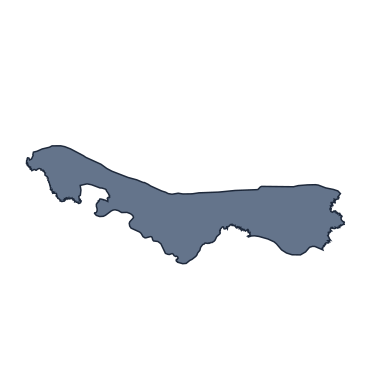 Tha Uthen, Nakhon Phanom, Thailand (Mercator projection), rotated 327°
{"feature_id": "78962969B23223373784889", "entity_name": "Tha Uthen", "entity_type": "district", "adm_level": 2, "iso_a3": "THA", "parent_name": "Thailand", "parent_adm1": "Nakhon Phanom", "projection": "mercator", "projection_center": [104.479, 17.636], "detail": "fine", "context": "isolated", "style": "filled", "palette": "slate", "viewbox_px": 384, "rotation_deg": 327, "n_neighbors": 0, "source": "geoboundaries", "source_scale": "gbopen_adm2", "svg_char_len": 5949}
<svg xmlns="http://www.w3.org/2000/svg" viewBox="0 0 384 384"><g transform="rotate(327 192 192)"><path d="M80.1,130.1L80.9,129.3L80.7,129.0L81.1,129.1L81.3,128.7L81.6,129.7L82.5,129.5L82.1,129.3L82.3,128.5L83.3,128.4L83.3,128.8L84.0,128.9L84.0,130.1L84.4,129.9L84.9,130.4L85.5,130.0L85.3,130.7L86.2,130.9L86.1,131.3L87.1,131.2L87.6,132.2L88.1,131.9L88.0,133.2L88.5,132.8L88.9,133.4L88.3,133.9L88.4,134.5L88.8,134.6L88.5,136.0L89.0,136.2L88.7,136.4L89.2,136.5L89.4,137.6L90.9,138.5L90.4,139.0L90.8,140.0L92.6,140.3L94.2,139.2L94.0,138.6L93.6,138.9L93.2,138.5L93.9,137.7L93.2,137.7L93.1,137.3L93.8,136.8L93.6,136.5L94.7,134.0L96.6,133.9L99.9,129.9L101.8,125.6L108.4,128.0L111.7,131.2L117.0,138.4L118.7,139.7L120.9,142.4L121.3,143.5L120.9,144.0L121.0,148.3L120.6,149.0L121.0,149.9L120.1,151.4L119.6,151.0L119.1,151.5L118.5,150.9L117.6,151.1L117.3,151.5L117.2,152.6L116.2,154.1L114.5,151.2L113.4,150.4L113.5,150.1L111.7,148.2L110.8,147.7L109.5,148.6L108.5,148.5L108.5,149.2L106.7,149.4L106.3,149.8L105.2,150.1L104.0,151.9L103.2,154.6L102.0,156.2L100.5,157.1L99.0,156.5L98.6,156.9L99.0,159.5L101.2,162.3L104.4,164.1L106.9,164.4L114.1,163.9L116.0,164.2L117.8,165.0L120.1,167.5L121.8,170.9L126.4,173.7L128.6,176.7L129.5,179.4L129.2,181.3L128.2,181.9L123.6,183.1L122.3,184.1L121.2,186.6L121.2,189.1L126.3,197.1L126.8,199.0L126.6,202.7L127.5,204.7L128.3,205.3L132.9,206.8L133.7,207.6L133.7,208.7L133.0,210.6L133.1,212.1L136.5,215.0L137.7,218.5L136.3,229.0L137.8,231.1L139.0,232.1L141.8,232.8L142.4,234.0L142.3,235.6L143.2,237.2L144.1,237.4L144.6,238.6L144.4,239.9L143.6,239.9L143.0,240.6L142.1,240.1L141.3,241.0L141.3,241.9L141.9,242.6L141.7,243.1L145.2,247.1L148.2,248.7L152.9,248.2L155.3,248.5L160.0,248.1L161.6,247.6L163.6,246.2L166.8,245.2L169.1,243.1L172.3,241.9L174.0,242.3L175.1,241.9L177.5,243.9L178.6,244.0L178.9,244.6L180.3,244.6L181.3,245.3L183.8,245.3L185.2,244.9L188.4,242.9L192.8,242.2L193.5,241.6L193.4,240.7L194.0,240.4L194.3,239.5L194.8,239.7L195.4,238.7L198.5,237.8L199.3,238.5L198.8,240.3L199.6,241.0L200.5,240.8L201.4,241.3L201.5,242.3L202.3,241.3L201.9,240.4L202.2,240.0L203.7,240.8L205.6,240.7L206.4,240.2L207.9,240.9L207.3,241.7L207.4,242.0L208.6,242.2L208.8,243.1L209.9,243.5L209.5,244.0L209.7,246.3L210.1,246.7L210.6,246.4L210.7,245.7L211.4,245.9L211.2,246.6L212.0,246.8L211.9,247.3L212.4,247.4L211.7,248.5L213.2,248.6L212.6,249.1L212.6,249.9L213.0,249.2L213.0,249.7L214.4,250.7L214.4,251.2L213.8,251.4L215.1,251.8L214.7,252.6L215.3,252.7L215.6,253.9L216.9,253.7L217.3,254.4L218.0,253.9L218.1,254.5L218.5,254.4L218.4,255.1L217.5,255.3L217.2,256.5L217.8,256.5L217.6,257.0L217.9,257.4L217.8,258.2L218.2,258.1L217.3,259.3L217.4,259.8L215.9,259.9L215.5,259.4L214.7,259.4L215.0,259.8L214.8,260.4L218.0,261.3L220.6,262.8L224.0,265.8L230.1,272.8L233.7,278.5L234.6,281.5L235.6,289.3L238.0,294.6L241.7,299.1L248.7,303.8L254.6,304.1L260.4,302.4L263.4,303.2L265.4,304.6L270.2,311.8L270.4,310.8L270.7,310.7L270.6,310.1L271.4,309.6L273.0,309.6L273.2,308.7L273.9,309.0L274.0,308.7L274.5,308.7L274.2,308.3L274.8,308.7L275.4,308.0L275.7,308.3L275.9,307.9L276.9,307.7L278.3,308.9L278.7,308.6L279.2,308.9L279.7,308.1L279.6,307.7L280.3,308.4L280.3,307.9L280.7,307.7L280.5,307.3L280.9,307.5L281.7,307.1L281.9,307.4L281.8,305.6L282.2,304.6L282.0,303.8L282.4,303.2L282.1,302.5L283.6,301.9L284.3,300.1L285.0,300.3L285.3,301.1L286.5,300.8L286.7,300.1L287.8,300.6L287.5,299.5L287.8,298.4L289.4,297.6L289.6,298.5L290.3,298.4L290.1,299.0L291.2,299.7L291.2,300.1L292.4,300.6L293.3,300.4L293.3,300.1L294.4,301.5L294.9,301.2L295.0,301.7L295.8,301.5L296.2,301.9L296.6,301.2L296.8,301.6L297.0,301.0L297.9,300.8L297.8,301.3L298.9,300.9L299.1,301.6L300.5,301.4L302.0,302.0L302.4,300.8L303.1,300.5L303.2,299.5L302.4,299.0L302.1,296.5L303.2,294.3L303.8,294.5L304.5,294.1L304.3,293.8L304.5,293.4L304.0,292.6L304.2,291.9L303.2,291.7L304.1,291.0L304.2,290.3L302.2,289.7L302.2,288.8L302.7,288.8L302.4,288.2L301.9,288.1L302.3,287.7L301.4,286.8L302.1,286.4L301.9,285.9L300.9,285.9L300.8,285.3L300.2,285.2L299.7,285.3L299.6,286.1L299.4,285.4L298.8,285.5L297.8,283.9L299.4,282.1L298.3,281.8L298.8,281.0L299.6,281.5L300.3,279.8L300.9,279.7L300.8,279.1L301.1,279.2L301.5,280.0L301.9,279.2L302.8,279.9L303.0,279.0L302.3,278.6L302.9,277.7L302.6,277.0L302.9,276.6L304.3,277.3L304.2,277.8L305.3,277.5L306.0,279.0L306.6,278.5L306.5,276.4L307.2,276.4L307.4,275.5L307.7,275.8L307.4,277.2L308.8,276.7L311.1,277.5L312.2,276.6L311.5,276.2L311.5,275.6L315.6,274.2L314.9,270.5L312.0,266.9L306.4,261.4L301.6,254.9L299.5,253.1L292.7,248.9L284.6,244.5L280.0,242.9L253.4,225.2L252.0,225.0L248.6,225.8L247.4,225.2L229.0,214.2L214.3,206.6L197.4,196.5L191.1,193.6L183.3,188.7L179.8,185.5L174.0,183.0L171.1,180.3L169.8,177.9L167.1,174.6L160.5,164.3L159.4,161.7L157.2,158.1L156.2,157.4L152.3,151.7L146.3,145.0L136.2,131.0L133.4,126.0L130.8,119.2L121.8,105.1L120.7,102.4L113.6,89.7L110.0,84.7L107.2,81.9L99.8,77.1L96.8,76.8L89.8,74.3L84.2,73.4L80.7,72.2L78.9,74.0L78.8,74.7L75.4,76.9L73.3,76.7L73.7,74.7L72.8,73.8L72.2,74.0L71.3,75.2L70.6,75.4L68.9,77.7L69.5,77.9L69.1,78.2L69.4,78.5L68.9,78.7L69.3,78.7L68.9,79.4L69.2,79.4L69.2,80.1L68.9,80.3L68.5,79.8L68.4,80.3L68.8,80.9L69.1,80.8L69.0,81.5L68.5,81.9L68.9,81.7L68.9,82.1L69.6,82.2L70.0,83.0L69.4,83.0L69.6,84.0L69.2,83.7L69.3,84.2L68.8,84.7L69.4,85.8L69.3,86.9L71.7,87.1L72.5,87.7L72.7,88.5L73.5,89.0L74.5,88.7L76.6,89.0L77.9,90.5L77.3,91.3L79.0,92.7L78.5,93.5L79.3,93.9L78.9,95.2L79.3,96.2L78.8,96.3L77.9,97.8L78.9,100.3L78.9,100.9L78.4,101.3L78.8,101.6L78.8,102.2L77.5,103.7L77.7,105.2L77.2,105.8L77.3,106.5L76.4,109.1L76.7,109.4L75.8,110.5L75.9,111.7L74.7,112.5L74.9,113.7L75.8,113.8L75.1,114.5L75.2,115.3L74.8,116.0L75.6,116.3L75.0,116.9L75.8,117.2L75.0,117.5L75.6,117.8L76.1,117.6L76.0,118.2L77.5,119.4L77.2,120.3L76.2,121.0L76.7,121.5L76.4,122.5L76.0,122.4L76.4,123.7L76.0,124.2L77.0,125.9L76.9,127.0L76.6,127.4L76.9,127.5L76.4,127.8L77.3,127.7L76.8,128.0L77.6,129.1L80.1,130.1Z" fill="#64748b" stroke="#1e293b" stroke-width="1.5"/></g></svg>